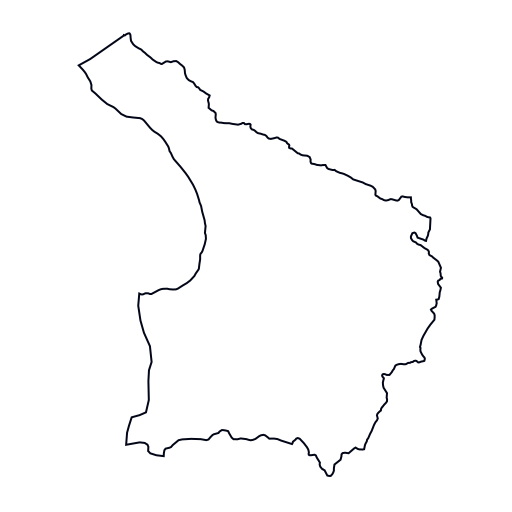 the district of Vardenis, Gegharkunik, Armenia, rotated 3°
{"feature_id": "60910142B17945932108202", "entity_name": "Vardenis", "entity_type": "district", "adm_level": 2, "iso_a3": "ARM", "parent_name": "Armenia", "parent_adm1": "Gegharkunik", "projection": "mercator", "projection_center": [45.706, 40.224], "detail": "fine", "context": "isolated", "style": "outline", "palette": "ink", "viewbox_px": 512, "rotation_deg": 3, "n_neighbors": 0, "source": "geoboundaries", "source_scale": "gbopen_adm2", "svg_char_len": 6089}
<svg xmlns="http://www.w3.org/2000/svg" viewBox="0 0 512 512"><g transform="rotate(3 256 256)"><path d="M174.3,460.7L174.3,457.8L174.7,454.7L175.8,453.1L179.6,452.0L181.2,451.2L182.7,449.2L188.3,444.0L191.9,443.0L200.8,442.0L210.4,441.8L216.1,442.5L218.2,441.7L219.9,439.4L221.9,437.1L223.3,436.2L227.8,434.7L228.7,433.3L231.0,431.6L232.5,431.6L235.3,431.9L237.4,432.4L238.3,434.2L241.2,438.6L243.1,440.1L247.0,440.0L250.3,439.0L256.1,439.4L257.9,439.9L260.3,440.3L262.5,439.8L265.0,438.7L268.7,435.7L270.3,434.8L272.8,434.2L274.5,434.6L277.3,436.5L278.8,437.7L283.7,437.4L287.0,437.7L290.7,439.0L301.8,441.9L302.4,440.6L302.6,439.5L305.0,437.4L305.7,436.3L307.2,435.6L309.2,436.2L313.6,440.4L316.9,444.3L318.3,446.5L319.1,449.2L318.9,450.6L319.1,451.7L319.8,452.1L321.2,452.1L324.9,451.4L326.2,452.0L327.3,454.2L330.6,458.9L330.5,461.0L331.2,463.0L333.4,465.4L333.9,465.4L334.3,465.8L335.7,466.4L338.7,471.5L340.4,471.8L342.1,471.7L343.6,469.9L344.4,468.3L345.0,466.3L344.9,463.7L345.3,460.1L351.1,455.0L351.8,451.6L351.8,449.6L352.8,448.3L355.1,447.8L358.8,448.1L364.1,443.0L365.5,442.1L367.6,443.3L369.2,443.7L372.5,443.7L374.1,443.3L374.7,439.2L375.3,437.4L376.3,435.4L376.6,433.5L377.5,432.3L377.9,431.3L379.3,427.5L380.6,424.8L382.7,418.5L384.0,415.7L385.4,413.8L386.1,411.9L385.1,408.8L385.5,407.3L386.4,406.1L387.8,404.6L388.8,403.8L388.9,402.2L389.7,400.5L390.0,400.3L391.8,397.7L393.4,395.9L394.4,394.3L394.4,392.3L393.9,390.7L394.0,386.1L390.3,380.9L389.6,378.3L389.3,375.6L390.1,371.4L388.5,369.7L388.2,368.6L388.6,367.6L389.5,367.2L390.8,367.2L392.7,367.9L395.5,367.8L397.6,365.0L398.6,363.0L399.6,361.7L400.9,358.2L402.0,357.4L404.0,356.6L405.8,356.2L407.4,356.2L409.3,356.4L411.3,356.2L413.5,354.8L415.4,354.6L416.4,353.9L418.1,353.6L419.2,352.6L420.7,352.2L421.7,352.4L423.6,353.8L424.5,353.7L426.5,352.8L428.2,352.4L429.6,351.9L430.0,349.8L429.5,348.5L428.6,347.7L427.0,345.7L425.3,342.7L425.0,340.8L425.1,339.2L424.5,338.3L425.0,336.2L425.7,331.2L427.4,326.9L431.2,319.4L433.8,315.3L437.5,310.3L437.6,308.1L437.5,305.8L436.9,304.2L434.2,301.6L433.5,300.3L434.6,299.3L438.0,297.3L438.5,296.0L438.9,293.7L438.3,290.2L439.6,290.0L440.7,289.4L441.2,286.9L441.4,282.5L441.9,280.6L442.3,278.0L439.3,274.4L438.8,272.2L439.2,271.1L440.6,270.4L441.3,269.3L443.0,268.7L443.0,267.8L442.0,267.1L441.5,265.9L441.2,263.6L440.6,262.1L441.3,258.1L438.3,252.1L436.5,250.7L433.0,248.3L431.8,247.2L429.2,246.0L428.4,244.5L428.5,243.0L427.8,241.5L426.6,240.6L424.0,239.4L419.8,236.5L417.8,236.1L416.4,235.5L415.0,234.1L412.1,233.0L411.1,232.0L409.8,230.1L409.7,228.3L411.0,225.0L413.0,224.3L414.1,224.8L415.6,227.3L416.4,229.2L422.4,230.9L423.9,231.8L425.0,232.0L425.4,229.6L426.5,226.9L426.8,225.6L426.9,223.5L428.3,220.3L428.3,209.3L427.8,208.4L426.4,208.3L424.8,208.0L422.7,207.0L420.7,206.5L418.4,205.5L413.9,200.9L409.9,198.8L409.2,197.4L409.1,196.3L408.1,193.9L408.1,192.7L407.7,190.5L407.6,189.3L404.5,189.5L401.1,189.2L399.4,188.8L398.1,189.1L395.7,192.6L394.4,193.3L393.0,193.2L388.7,192.2L387.2,192.2L385.3,193.2L383.4,193.7L382.3,193.8L380.6,193.4L379.3,192.7L377.0,192.0L374.1,190.0L372.7,189.5L372.0,188.6L372.1,184.9L371.6,183.3L369.0,180.8L366.8,179.8L361.7,178.4L358.8,177.0L349.0,174.4L346.7,172.7L343.8,171.2L339.4,169.4L336.9,168.8L335.5,168.6L333.1,167.7L331.6,167.1L330.0,165.9L329.4,166.1L327.8,166.1L323.8,165.3L322.4,164.4L320.6,161.5L317.8,161.7L316.2,162.1L311.8,161.8L309.9,161.2L306.6,160.8L306.0,160.2L305.5,158.8L305.5,156.8L304.4,154.4L301.9,153.2L297.2,153.0L295.3,152.4L293.7,151.4L292.3,151.2L286.3,146.8L284.7,146.8L283.4,146.2L283.3,145.1L283.5,143.8L283.2,143.1L281.2,141.8L280.7,140.8L280.0,140.2L278.0,139.3L273.5,137.9L271.8,136.7L270.6,136.5L268.0,137.4L264.6,138.3L262.5,138.0L261.3,137.1L260.1,135.6L258.5,134.6L257.0,134.4L254.1,133.6L251.5,133.2L249.9,132.3L248.7,131.2L247.1,130.2L245.3,129.8L244.1,128.6L243.6,127.2L243.7,125.0L243.0,124.4L241.5,124.4L239.9,124.9L238.0,124.9L236.9,123.8L235.5,123.9L234.4,124.7L231.2,125.8L225.4,125.3L222.4,124.8L217.3,125.0L214.0,124.6L212.6,124.7L210.4,124.2L209.3,123.1L208.8,121.9L208.3,120.1L208.4,116.6L208.1,115.3L205.9,113.4L204.1,112.9L200.9,110.5L201.0,107.2L200.7,105.5L200.3,104.5L199.9,102.9L200.0,101.6L200.9,100.0L201.3,98.1L197.5,96.2L195.0,94.5L191.5,93.0L190.6,91.7L189.3,90.5L188.0,90.4L186.7,89.2L185.8,87.8L184.1,85.7L181.8,84.9L179.7,83.9L177.6,82.0L176.2,79.1L175.5,77.1L175.1,74.0L174.3,71.5L172.3,69.7L170.2,68.3L168.3,66.7L166.2,65.5L163.5,65.8L160.8,66.9L157.6,66.2L155.8,66.5L151.9,69.2L151.0,69.1L149.4,68.3L148.3,68.2L146.5,67.6L142.5,65.2L140.3,63.3L136.6,60.8L134.3,58.8L132.6,57.7L130.9,56.1L129.9,55.5L128.1,54.8L124.3,52.7L122.3,51.0L120.0,47.8L119.5,45.5L119.0,41.8L118.3,40.5L117.7,40.2L116.3,40.6L114.8,41.4L113.4,42.6L112.5,42.3L112.4,42.8L80.1,68.0L69.0,74.9L73.3,79.0L75.4,81.3L76.7,83.0L78.7,86.5L81.4,90.3L82.7,93.8L82.8,97.4L83.1,98.5L83.5,99.4L87.0,102.0L93.7,107.8L99.6,112.1L105.9,114.8L107.9,116.1L114.0,121.3L119.4,123.6L125.8,124.1L132.9,124.4L134.8,125.0L136.4,126.0L137.6,127.1L143.5,133.5L145.9,135.7L148.2,137.3L151.2,138.9L153.4,140.4L155.0,141.6L157.3,144.0L159.5,146.8L162.6,151.2L163.4,153.0L164.2,155.8L165.7,157.8L167.3,161.0L168.9,163.6L175.9,170.8L181.4,177.0L184.1,180.4L189.3,188.0L190.7,190.5L192.0,192.9L193.9,197.0L196.2,203.2L196.8,205.4L198.5,208.8L200.0,214.7L202.8,223.0L203.3,225.9L204.1,228.7L203.8,235.6L204.7,237.9L205.1,241.4L205.0,242.1L204.2,246.9L202.3,253.7L201.6,255.3L200.6,256.5L200.3,257.3L200.2,258.8L200.4,262.1L199.9,267.1L199.6,271.8L199.2,272.7L196.8,276.5L195.5,279.2L191.6,283.9L188.3,286.7L184.2,289.4L179.8,292.6L177.9,293.5L174.9,293.8L171.4,293.7L168.9,293.3L164.5,293.7L162.7,294.2L160.7,295.1L153.6,299.4L152.1,299.5L150.3,298.9L147.6,299.0L145.2,300.2L144.2,300.4L143.2,300.3L141.4,299.6L141.0,311.8L144.0,326.5L148.1,338.5L154.8,351.6L157.3,367.3L155.1,375.7L155.1,386.6L156.5,405.4L154.3,417.9L148.1,421.0L140.3,423.6L138.1,431.9L136.5,439.2L136.2,451.3L149.6,448.2L154.6,448.5L157.5,450.1L158.5,452.2L158.5,456.4L160.8,458.6L167.0,460.2L174.3,460.7Z" fill="none" stroke="#020617" stroke-width="2"/></g></svg>